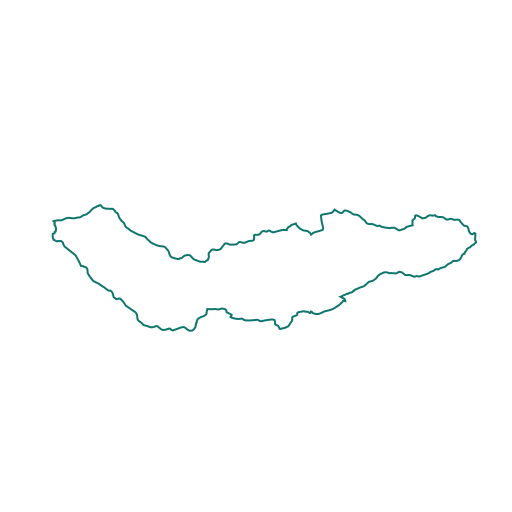 outline of Prigor, Caras-Severin, Romania, rotated 290°
{"feature_id": "2599482B98874847530715", "entity_name": "Prigor", "entity_type": "district", "adm_level": 2, "iso_a3": "ROU", "parent_name": "Romania", "parent_adm1": "Caras-Severin", "projection": "orthographic", "projection_center": [22.122, 44.996], "detail": "fine", "context": "isolated", "style": "outline", "palette": "teal", "viewbox_px": 512, "rotation_deg": 290, "n_neighbors": 0, "source": "geoboundaries", "source_scale": "gbopen_adm2", "svg_char_len": 6110}
<svg xmlns="http://www.w3.org/2000/svg" viewBox="0 0 512 512"><g transform="rotate(290 256 256)"><path d="M359.4,434.8L359.1,432.8L357.9,430.3L357.7,429.2L357.8,427.9L357.7,426.6L357.1,425.4L356.2,424.4L355.4,422.6L356.3,419.2L356.3,417.8L354.9,413.5L354.9,411.8L355.6,410.2L354.5,408.8L353.7,405.3L352.7,404.1L350.3,402.6L348.9,400.7L348.3,399.4L349.0,395.5L349.1,393.5L349.0,392.5L348.2,391.8L346.6,392.3L345.5,392.3L343.2,390.9L341.3,391.4L338.5,392.7L338.1,392.4L337.2,390.7L335.0,387.8L334.3,387.2L332.2,386.0L329.1,381.9L329.0,380.5L329.6,378.4L329.9,376.4L329.0,374.0L327.8,371.7L327.0,368.2L326.4,364.4L326.5,363.3L326.8,362.2L326.8,361.7L326.0,360.4L325.6,359.0L325.9,354.7L324.7,351.5L324.5,349.8L324.9,348.4L326.7,345.7L327.1,344.0L329.0,339.4L329.3,337.9L329.3,337.0L328.8,335.0L328.4,333.9L328.6,332.1L329.2,330.7L329.4,329.2L329.6,326.0L329.4,324.7L329.0,323.6L327.9,323.0L326.2,322.4L325.4,321.4L325.3,320.2L325.9,316.3L326.5,314.0L324.4,313.4L322.5,312.3L320.3,308.9L318.3,305.3L317.0,303.5L316.2,303.2L311.9,305.3L306.1,309.0L304.9,309.7L304.1,309.8L303.4,309.7L301.8,307.8L298.2,302.8L297.3,301.8L294.9,300.5L296.0,299.1L297.0,296.5L296.9,295.0L296.2,291.7L296.7,288.1L298.5,284.1L299.3,283.1L300.2,282.3L299.1,281.1L297.3,278.7L295.8,278.1L294.8,277.0L293.9,276.4L291.6,275.8L290.9,276.0L289.8,272.7L289.1,271.3L284.0,263.9L284.1,261.9L284.5,260.0L284.3,259.2L282.6,257.8L282.3,256.7L282.3,255.5L281.8,254.1L280.9,253.1L277.9,252.1L277.3,251.7L276.5,250.4L275.8,248.3L275.2,247.3L274.2,247.2L272.5,248.1L270.9,248.4L270.1,248.4L269.3,247.7L267.6,244.2L264.3,240.5L263.9,238.5L263.8,236.3L263.1,235.2L260.5,233.9L260.0,233.2L258.3,229.1L257.7,227.4L257.8,224.4L257.6,223.4L256.9,222.4L250.5,220.4L249.3,219.2L248.4,217.7L247.9,216.3L247.7,214.2L247.0,212.5L245.5,211.7L243.0,210.8L241.8,210.7L238.9,212.1L236.1,212.2L235.3,211.7L234.6,211.0L233.1,210.2L232.7,209.7L232.5,208.2L231.7,205.9L231.5,205.1L231.6,199.6L231.7,198.4L234.0,193.9L233.9,192.7L233.4,191.1L232.2,189.2L231.2,188.3L228.5,186.7L227.8,185.3L227.1,184.9L226.4,183.8L226.0,179.7L226.0,177.1L226.5,175.7L228.2,173.9L229.6,173.1L230.8,171.9L232.9,168.2L233.4,166.9L233.0,164.4L232.3,162.0L232.1,159.2L232.5,154.4L232.8,152.3L233.8,150.4L234.5,148.3L236.1,145.6L236.2,142.6L235.9,139.5L236.0,136.7L237.0,129.3L237.9,127.1L238.4,124.8L239.4,122.8L241.7,120.9L242.4,119.5L242.9,117.7L245.0,114.7L246.9,112.9L247.9,112.3L248.6,111.5L249.0,110.9L249.1,109.2L250.1,108.0L250.6,106.8L251.1,106.1L251.3,105.3L249.1,98.6L249.0,96.4L249.1,95.3L250.6,92.6L250.5,91.9L249.0,90.7L248.6,89.8L247.7,89.3L245.4,86.9L243.0,85.6L240.4,84.6L237.2,82.4L234.6,79.2L232.9,78.1L231.9,77.0L231.0,75.0L230.0,73.6L229.1,72.0L228.6,70.3L228.2,68.3L227.7,66.7L226.7,64.9L223.0,61.0L221.7,57.4L220.0,54.5L219.5,53.9L219.1,55.0L218.8,55.3L217.2,55.6L217.1,56.0L216.0,56.2L215.4,57.3L213.4,58.8L211.0,59.3L210.6,59.1L210.1,59.2L209.7,58.6L208.7,58.9L208.2,58.7L207.4,57.5L206.2,57.7L203.6,58.8L202.1,60.2L201.7,63.2L201.7,64.0L202.2,64.6L203.4,67.7L202.8,69.5L202.4,70.0L201.7,70.4L199.5,72.7L194.9,86.3L190.7,91.1L186.9,94.9L187.3,97.5L187.1,98.1L187.2,100.0L186.4,101.6L185.2,102.5L182.8,103.4L181.0,105.2L177.7,110.1L176.8,111.9L176.1,118.1L175.2,121.2L174.6,124.2L173.8,126.4L173.2,128.6L173.2,129.6L173.6,131.1L173.3,132.4L171.9,134.1L168.7,136.3L167.7,139.2L168.0,140.3L169.3,141.9L169.5,143.1L167.4,147.2L164.8,150.7L162.0,161.7L161.3,162.9L160.4,164.0L158.7,165.0L156.6,166.0L155.5,166.9L154.9,167.9L154.0,171.4L152.6,174.0L153.0,177.3L152.9,179.5L153.1,181.8L153.9,183.6L156.0,186.2L156.3,186.9L156.2,187.6L154.6,192.2L154.6,193.2L155.1,195.0L155.6,195.9L158.2,199.3L158.2,200.3L157.6,202.0L157.6,203.3L163.2,210.0L164.1,211.4L164.5,212.5L164.5,213.6L163.3,217.1L163.1,219.1L164.0,221.5L165.9,222.8L168.9,223.4L170.5,222.9L171.0,223.1L172.1,222.7L172.8,222.8L173.5,223.0L174.8,222.6L176.9,222.9L179.7,225.0L180.8,226.5L182.0,227.8L183.9,229.0L184.8,229.3L185.8,228.9L189.5,228.4L191.0,233.1L192.3,235.7L192.4,237.0L192.7,238.3L193.3,239.7L194.6,241.3L195.2,242.6L195.4,245.3L194.9,246.5L193.1,247.7L192.7,251.7L192.3,253.3L191.0,253.2L190.0,252.8L189.7,253.5L189.9,257.1L190.5,260.1L191.5,262.6L192.1,263.4L192.3,264.7L191.8,266.9L191.8,267.9L193.2,271.9L195.3,276.6L196.4,278.7L196.6,280.1L196.2,281.6L196.3,282.5L196.6,283.6L198.3,286.0L201.3,291.5L201.9,293.0L202.2,294.7L202.2,295.3L200.7,296.3L198.2,297.5L198.1,300.0L197.9,300.8L195.6,303.2L195.7,303.9L196.4,304.6L198.6,308.1L199.8,309.0L200.5,310.0L201.4,310.5L207.2,311.9L208.4,311.9L210.1,311.2L210.8,311.1L211.5,311.4L214.2,314.4L215.0,314.8L216.5,314.3L217.5,314.8L220.6,320.0L220.5,321.0L220.7,322.1L221.3,323.6L221.2,324.5L220.9,325.3L221.0,326.4L222.6,326.6L222.7,327.2L222.6,327.6L221.9,328.5L221.8,331.6L222.1,332.8L223.1,334.9L225.6,337.7L227.0,338.8L230.9,344.6L233.1,346.9L238.2,350.8L241.9,352.7L243.4,353.2L244.0,354.0L244.1,355.3L245.0,354.8L245.7,354.1L246.1,353.2L246.6,349.5L247.3,350.4L248.5,351.1L249.7,352.6L251.7,354.5L251.7,355.0L252.1,355.5L252.7,355.9L253.7,356.8L254.2,358.1L254.9,358.8L256.7,359.5L256.9,360.0L257.3,360.3L257.9,360.3L262.2,364.8L264.5,367.8L269.9,370.7L270.8,371.5L271.9,373.3L273.3,374.8L276.0,376.5L278.9,377.3L281.1,378.6L284.3,381.8L285.2,383.7L285.5,385.4L285.4,387.1L286.2,388.9L287.4,393.2L288.1,394.2L289.8,395.6L290.3,396.4L290.5,398.9L289.3,402.3L289.3,403.2L289.6,404.3L290.3,405.8L290.8,407.6L290.6,411.0L290.7,411.9L292.1,413.7L292.4,415.8L292.7,416.7L298.1,423.3L299.3,424.5L300.7,425.4L302.8,427.9L304.3,428.8L305.4,429.9L305.6,431.8L307.8,433.6L310.4,437.2L314.1,439.3L316.4,441.7L317.8,442.3L318.9,443.3L319.2,443.7L319.5,445.0L320.4,446.9L321.2,447.7L322.8,448.9L323.6,448.9L325.3,449.4L327.1,449.3L328.2,449.8L329.0,450.5L329.5,451.2L330.5,450.9L333.7,451.9L334.8,451.9L337.2,453.7L337.4,454.2L339.2,455.0L340.2,455.6L341.5,456.9L344.3,458.1L345.0,457.6L345.6,456.7L346.7,456.1L351.9,454.6L352.2,453.8L352.2,453.1L351.1,452.5L350.4,451.7L350.3,451.4L350.4,450.2L351.2,448.6L352.7,447.3L354.0,446.5L355.9,444.7L356.1,443.9L355.7,441.2L356.2,439.8L358.3,436.1L359.4,434.8Z" fill="none" stroke="#0f766e" stroke-width="2"/></g></svg>